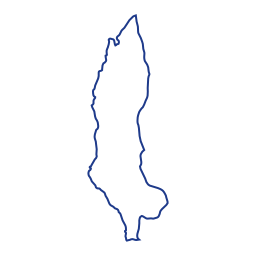 the Department of Amazonas
{"feature_id": "PER-584", "entity_name": "Amazonas", "entity_type": "Department", "adm_level": 1, "iso_a3": "PER", "parent_name": "Peru", "parent_adm1": "", "projection": "robinson", "projection_center": [-78.131, -4.99], "detail": "fine", "context": "isolated", "style": "outline", "palette": "blue", "viewbox_px": 256, "rotation_deg": 0, "n_neighbors": 0, "source": "natural_earth", "source_scale": "10m", "svg_char_len": 3722}
<svg xmlns="http://www.w3.org/2000/svg" viewBox="0 0 256 256"><path d="M115.4,45.4L116.1,45.1L116.8,44.3L117.7,44.1L118.5,43.8L118.9,42.6L118.8,41.1L118.2,40.3L117.4,39.7L116.9,38.7L116.9,37.4L117.4,36.6L119.2,35.1L119.8,34.2L121.4,30.9L122.1,30.0L124.4,27.8L129.4,20.2L133.0,16.6L133.9,16.1L135.8,15.4L136.6,21.5L137.7,25.8L137.9,26.8L138.1,31.4L138.2,32.4L138.4,33.2L140.8,38.0L142.2,41.8L142.8,43.9L143.3,48.9L144.3,52.3L144.4,53.2L144.4,53.9L144.3,55.3L144.2,57.1L144.3,58.6L144.5,59.7L144.7,60.5L144.9,61.1L147.1,64.5L147.4,65.2L147.9,66.5L148.2,67.4L148.6,71.0L148.9,72.5L149.2,73.3L149.4,74.0L149.3,74.7L148.6,76.4L148.2,78.5L147.7,88.1L147.8,91.6L147.6,95.6L147.2,97.3L146.8,98.3L145.7,100.6L144.2,104.5L143.0,106.9L142.7,107.4L141.9,108.1L141.0,109.2L140.1,110.5L139.2,112.0L138.1,115.4L137.7,117.3L137.5,120.2L137.5,121.7L137.6,122.7L137.8,123.6L138.4,125.2L138.9,128.0L139.6,136.0L140.7,141.2L144.2,150.0L142.3,151.7L140.9,154.0L140.6,155.0L140.5,155.7L140.5,156.5L141.3,161.9L141.3,162.8L141.2,164.0L140.9,164.8L140.0,166.4L140.5,168.8L145.2,178.6L146.4,182.0L147.7,183.9L148.4,184.7L149.8,185.6L151.8,186.2L158.0,188.1L160.6,189.2L162.2,190.2L163.1,191.0L164.1,192.3L165.4,194.6L166.0,196.0L166.2,197.1L167.5,201.4L167.6,203.1L166.3,205.0L162.0,209.1L161.0,210.3L160.4,211.2L160.1,212.0L159.7,213.8L159.3,214.8L158.7,216.2L157.9,217.1L157.0,217.6L153.6,218.6L152.8,218.6L151.4,218.4L150.4,218.4L147.8,218.6L147.0,218.6L146.1,218.3L145.4,217.9L144.0,217.0L142.6,216.2L141.7,216.0L140.4,216.9L140.0,217.5L139.7,218.4L139.3,220.3L139.3,223.5L138.8,228.9L137.4,233.8L137.2,235.5L137.3,236.8L137.5,237.6L137.9,238.4L138.3,238.9L139.1,239.6L136.4,240.0L135.3,239.9L133.7,239.4L132.7,239.1L131.9,239.2L131.1,239.3L130.0,239.8L127.9,240.3L126.9,240.6L126.3,239.9L126.2,239.4L126.0,238.0L125.5,236.5L125.6,235.3L125.9,234.0L126.0,233.0L125.8,232.6L125.1,231.8L125.0,231.5L125.1,230.9L125.5,230.7L125.8,230.5L126.0,230.2L125.9,227.7L125.7,226.6L125.3,225.4L122.6,220.4L120.6,214.4L120.1,213.4L118.7,212.1L118.7,211.7L118.2,210.3L117.9,209.8L117.2,209.2L114.9,208.3L113.4,206.8L110.6,205.2L109.4,203.7L107.4,198.8L105.6,195.8L104.9,193.6L104.4,192.6L103.1,191.6L100.9,190.0L99.8,188.8L99.2,188.5L98.9,188.4L98.3,188.5L97.8,188.4L97.2,188.3L96.5,187.8L96.1,187.5L95.9,187.2L95.6,186.1L95.5,185.8L95.3,185.3L92.0,181.6L91.6,180.9L90.8,178.8L90.5,178.4L90.2,177.6L89.9,177.2L88.9,175.8L88.6,174.9L88.4,173.3L88.5,172.5L88.8,171.4L89.0,171.1L89.1,170.8L89.3,170.6L89.6,170.4L90.0,170.2L90.3,169.9L90.8,169.0L90.9,168.6L90.8,168.3L90.6,168.2L90.0,167.9L89.9,167.8L89.8,167.6L89.7,167.2L89.8,166.9L90.0,166.7L90.7,166.4L90.9,166.3L91.1,166.0L92.2,163.9L92.3,163.8L94.7,159.6L95.0,159.2L96.1,158.0L96.5,157.0L96.7,156.5L96.7,156.1L96.6,155.6L96.5,155.2L96.4,154.2L96.7,149.2L96.0,143.5L95.8,141.6L94.9,138.7L94.7,137.7L94.6,136.7L94.7,135.7L94.9,134.3L96.1,130.2L96.4,129.7L97.3,129.0L97.7,128.5L98.1,127.4L98.2,126.6L98.2,125.7L97.8,122.7L97.6,122.0L96.9,120.4L95.8,118.7L95.1,116.5L94.3,111.4L92.3,107.4L91.7,105.4L93.0,104.4L93.5,103.5L93.5,102.5L93.5,101.4L93.6,100.3L94.3,99.0L95.1,98.0L95.2,97.1L94.0,96.3L93.4,95.2L93.1,93.2L93.0,91.1L93.4,89.9L94.3,89.1L94.7,88.0L95.2,85.5L98.2,78.4L98.7,76.0L98.7,72.7L98.9,71.7L99.4,71.2L100.0,71.0L100.5,70.9L101.2,70.7L101.9,70.3L102.1,70.1L102.1,69.7L102.5,65.6L102.9,64.5L103.4,63.4L103.7,63.2L104.3,62.8L104.7,62.6L105.9,61.2L106.2,60.2L105.6,56.6L105.6,55.9L105.6,55.6L105.8,55.5L106.5,55.4L106.8,55.0L106.9,54.5L106.7,53.4L106.6,51.4L106.7,50.3L107.1,49.1L108.0,46.9L108.0,46.7L108.7,44.4L109.1,42.0L109.1,41.4L108.8,40.3L108.7,39.9L109.3,38.9L110.1,38.6L111.1,38.8L113.3,39.4L113.9,40.0L114.2,40.8L114.9,44.4L115.4,45.4Z" fill="none" stroke="#1e3a8a" stroke-width="2"/></svg>